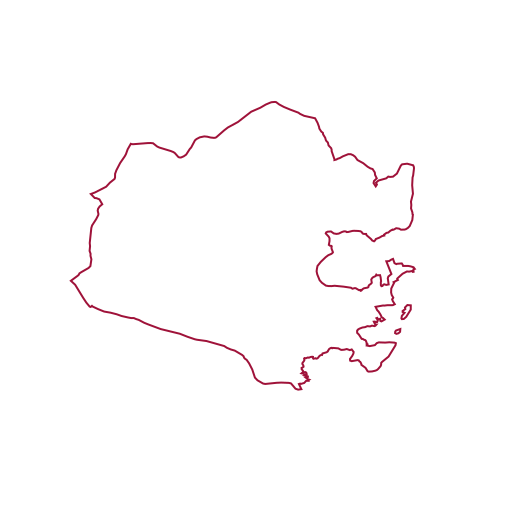 outline of Mtwara, Mtwara, United Republic of Tanzania, rotated 67°
{"feature_id": "72390352B92435052932896", "entity_name": "Mtwara", "entity_type": "district", "adm_level": 2, "iso_a3": "TZA", "parent_name": "United Republic of Tanzania", "parent_adm1": "Mtwara", "projection": "equal_earth", "projection_center": [40.045, -10.477], "detail": "fine", "context": "isolated", "style": "outline", "palette": "rose", "viewbox_px": 512, "rotation_deg": 67, "n_neighbors": 0, "source": "geoboundaries", "source_scale": "gbopen_adm2", "svg_char_len": 6148}
<svg xmlns="http://www.w3.org/2000/svg" viewBox="0 0 512 512"><g transform="rotate(67 256 256)"><path d="M103.8,327.4L107.7,332.5L111.4,335.9L112.9,337.8L117.3,344.7L122.5,351.0L125.3,353.6L128.7,355.1L129.8,356.1L131.4,361.8L133.7,366.9L134.6,379.6L134.4,383.8L139.6,381.8L140.4,380.3L142.7,378.0L148.3,377.3L149.3,380.6L150.8,382.9L152.4,384.0L155.7,384.6L156.7,385.2L159.6,388.7L163.8,394.9L165.8,396.6L179.1,404.0L182.1,404.9L186.3,407.2L189.3,407.4L191.2,408.3L194.7,408.8L200.6,412.4L201.6,414.8L202.6,423.1L203.0,425.3L204.1,426.6L204.5,427.8L206.5,436.1L211.8,433.7L227.2,431.4L232.6,430.4L237.6,428.9L238.3,428.1L237.8,426.5L238.6,426.2L243.1,422.2L247.8,417.5L251.3,412.1L255.2,407.0L258.7,403.2L262.6,397.8L264.4,395.1L265.4,392.7L267.2,391.0L269.0,388.9L273.8,385.0L277.0,381.8L286.0,372.3L297.8,356.5L303.6,350.6L308.7,344.9L310.0,343.1L315.0,334.7L326.5,320.4L329.1,318.7L332.1,315.8L334.8,312.5L341.7,307.4L343.4,306.6L345.0,306.7L346.4,306.2L347.9,305.2L352.1,304.3L359.0,303.8L367.5,304.5L371.0,303.2L376.2,299.3L377.4,297.5L380.8,286.5L382.4,282.2L385.6,275.4L386.9,273.6L386.5,273.7L393.6,271.5L395.5,269.4L396.3,266.3L390.6,266.5L390.7,265.2L391.3,264.6L391.7,261.2L390.5,258.6L391.4,256.4L390.7,256.3L390.6,255.4L389.5,256.5L387.2,257.8L387.6,256.5L387.6,255.4L387.0,255.3L384.3,258.4L384.0,257.5L384.7,256.2L384.6,255.5L383.2,255.3L382.3,255.7L381.7,257.1L382.2,258.5L382.1,259.5L381.8,259.9L381.3,258.3L380.8,257.8L380.1,257.6L378.0,258.2L376.8,257.7L376.9,257.0L376.5,255.5L375.2,255.2L373.4,255.5L372.6,255.0L371.4,252.9L370.7,252.1L369.2,251.8L368.9,251.2L369.6,250.0L369.7,247.8L370.3,247.1L370.3,245.2L370.7,243.6L371.1,243.0L372.1,243.5L373.0,243.3L373.4,241.1L374.0,240.7L374.2,239.9L374.1,239.0L372.7,236.4L372.5,234.1L372.8,233.8L371.7,232.8L372.2,228.6L371.9,227.2L371.6,227.1L370.1,224.8L369.9,223.1L370.1,222.2L370.7,221.9L370.7,221.0L373.2,216.3L375.3,214.7L375.9,213.9L376.7,211.4L377.1,208.8L379.3,206.4L379.4,204.4L382.5,203.6L383.9,204.5L385.6,206.5L387.5,209.7L389.1,210.2L390.2,209.0L391.5,203.2L392.2,202.2L393.5,202.0L394.2,201.4L396.1,201.2L397.4,201.5L401.7,198.9L405.6,198.3L406.4,197.6L407.6,194.3L408.2,190.9L408.2,189.3L407.8,187.9L406.1,184.4L405.1,183.4L403.3,182.5L402.8,181.5L400.4,173.3L392.7,162.5L390.9,161.3L389.9,162.3L387.5,167.0L386.2,170.9L383.5,176.7L383.4,178.9L384.5,181.4L383.4,186.5L381.7,189.0L380.8,187.9L380.1,188.5L379.8,188.1L377.0,188.0L376.1,188.3L375.5,189.1L374.0,190.2L373.6,191.1L368.5,192.0L366.3,192.9L364.4,192.2L364.1,191.5L363.6,191.2L363.3,189.2L363.4,186.0L364.1,183.4L364.1,180.9L365.4,178.5L365.4,176.5L366.9,174.2L366.8,173.2L366.2,172.0L365.8,173.0L362.5,173.2L362.8,172.2L363.6,171.7L364.1,170.3L363.2,169.3L361.3,169.1L360.3,169.4L360.3,168.6L361.4,168.4L362.2,167.8L362.3,166.3L364.4,166.9L365.2,166.1L364.8,162.4L362.7,163.3L361.6,164.2L358.6,164.3L355.0,164.9L353.3,165.6L349.5,165.8L351.2,158.4L351.8,157.2L352.6,154.4L354.7,149.3L354.6,147.1L350.9,147.7L349.0,147.6L348.6,146.6L348.0,145.9L345.0,146.3L342.4,145.9L338.8,144.2L334.4,139.1L333.8,139.4L333.5,134.8L332.2,135.0L331.8,134.4L329.6,128.0L329.2,123.1L330.2,121.2L330.8,118.2L331.9,117.9L332.1,117.1L329.8,116.3L329.9,114.9L327.9,115.4L325.9,117.8L324.6,119.8L322.6,124.5L321.4,124.4L319.8,124.7L318.3,129.1L318.3,130.0L316.7,131.3L312.2,131.0L312.2,133.0L312.7,135.5L311.8,138.1L325.5,138.4L326.6,142.2L328.0,143.4L334.0,145.0L333.5,147.4L332.1,149.1L332.3,150.3L333.0,151.3L332.8,152.3L331.7,152.5L328.8,151.3L328.1,150.7L324.2,149.6L322.1,149.3L321.0,152.3L320.2,152.6L321.2,153.8L321.3,156.5L321.8,157.9L322.7,159.1L325.9,159.9L326.5,161.1L327.0,163.3L327.6,164.1L328.4,164.6L328.7,165.5L327.9,169.3L328.1,170.6L329.0,172.6L328.9,173.2L328.1,173.0L327.6,174.6L324.6,176.8L324.1,177.8L323.8,180.0L322.3,181.0L318.4,187.4L314.1,195.3L313.2,198.3L312.0,201.0L310.6,203.2L306.4,205.8L303.2,206.9L296.8,206.8L293.8,206.2L291.7,205.0L289.2,203.3L286.7,198.6L284.3,192.3L283.5,189.1L283.5,186.1L283.2,184.6L282.6,183.7L279.1,183.6L277.8,183.3L276.9,182.6L276.2,182.6L275.5,183.8L274.2,184.6L271.0,182.5L268.4,181.4L266.6,181.5L262.5,183.0L261.7,182.2L261.6,180.6L262.7,177.4L265.6,175.6L267.1,173.3L267.7,171.1L267.5,167.3L267.7,165.3L268.5,163.7L269.4,163.2L269.9,161.8L270.6,157.4L271.1,155.9L272.9,152.1L274.1,150.1L275.2,149.4L277.0,149.0L277.8,148.1L278.7,146.0L280.1,146.1L285.3,143.5L287.1,143.0L288.6,141.6L288.2,140.3L287.2,139.1L287.3,135.2L286.9,132.1L287.3,129.9L286.4,129.8L285.7,126.8L286.1,125.1L285.3,122.6L285.0,120.1L285.4,119.9L285.5,118.5L285.2,116.1L286.8,113.5L288.4,112.3L289.7,109.0L289.9,107.6L289.5,105.2L288.5,102.8L284.0,98.1L279.2,95.4L278.7,95.6L276.9,95.0L272.8,94.7L269.7,93.1L266.5,92.1L260.0,87.2L251.9,84.6L244.9,81.2L243.3,79.9L237.2,76.4L235.8,75.9L233.9,75.9L230.1,80.8L228.7,85.7L229.4,87.4L235.2,94.1L236.5,98.9L235.6,101.7L234.6,103.2L235.4,105.8L234.4,113.7L235.4,116.9L237.5,116.8L238.7,118.6L234.8,119.3L233.1,118.1L231.7,114.5L227.9,114.7L225.5,114.0L221.5,114.7L220.0,116.5L217.4,118.4L212.5,121.0L207.3,125.1L203.3,126.0L201.2,127.2L199.3,129.0L198.3,131.3L198.2,137.1L198.6,140.6L198.4,142.8L198.6,144.3L198.3,146.3L197.7,146.0L189.1,145.4L187.5,144.8L186.1,144.7L182.6,146.0L179.6,145.5L177.6,146.3L176.4,146.4L174.2,146.1L170.2,146.7L168.8,146.3L167.0,147.3L163.5,147.9L161.7,147.5L157.4,147.3L152.3,147.8L145.8,156.9L142.3,160.0L140.7,160.9L134.6,167.3L129.7,172.1L125.6,175.4L122.3,177.3L121.6,178.3L120.5,181.6L120.4,183.0L120.4,187.8L121.2,194.1L121.3,204.0L125.6,220.3L126.7,231.6L127.9,236.2L131.2,246.2L131.2,247.4L130.8,248.6L129.2,251.5L127.1,254.3L125.7,256.9L124.8,261.4L125.1,265.1L125.7,267.0L130.8,273.3L131.6,275.1L135.4,280.7L136.0,283.6L136.0,286.7L135.2,288.2L134.5,288.8L129.5,290.5L128.1,291.4L126.1,293.4L118.4,302.6L116.6,304.2L112.0,306.7L110.8,308.9L109.7,311.7L105.1,325.4L104.4,326.8L103.8,327.4ZM370.7,141.5L365.8,134.5L361.9,132.8L360.3,135.8L361.6,139.0L363.2,139.3L363.9,142.5L364.9,142.9L366.3,141.5L368.1,145.1L370.2,146.5L371.1,146.4L371.7,144.6L370.7,141.5ZM382.5,157.2L382.8,155.1L382.1,153.0L379.6,151.7L379.3,156.2L379.9,157.3L381.3,158.1L382.5,157.2Z" fill="none" stroke="#9f1239" stroke-width="2"/></g></svg>